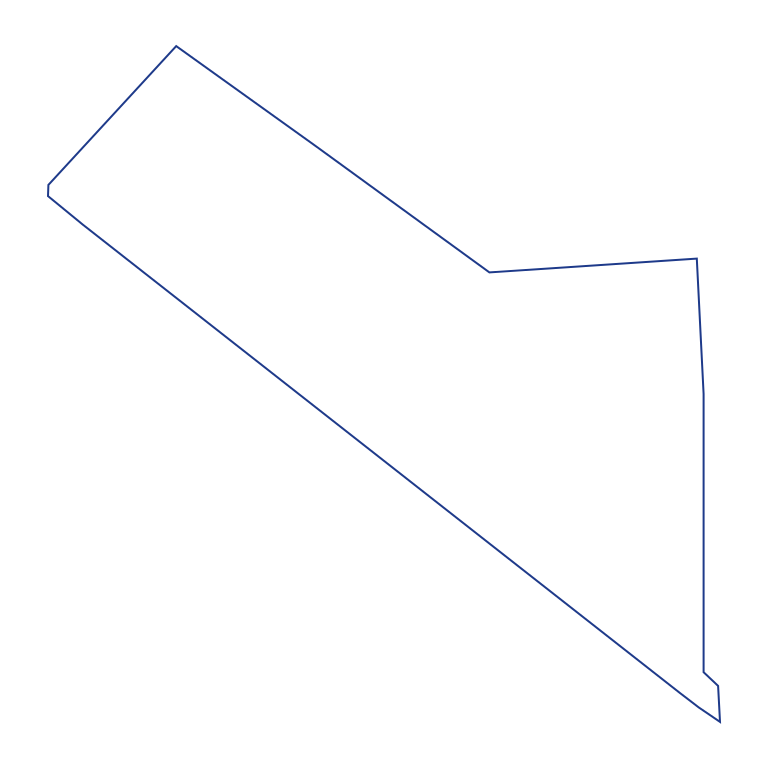 the district of Garagum, Mary, Turkmenistan
{"feature_id": "10190150B14310189929045", "entity_name": "Garagum", "entity_type": "district", "adm_level": 2, "iso_a3": "TKM", "parent_name": "Turkmenistan", "parent_adm1": "Mary", "projection": "mercator", "projection_center": [61.282, 38.084], "detail": "fine", "context": "isolated", "style": "outline", "palette": "blue", "viewbox_px": 768, "rotation_deg": 0, "n_neighbors": 0, "source": "geoboundaries", "source_scale": "gbopen_adm2", "svg_char_len": 290}
<svg xmlns="http://www.w3.org/2000/svg" viewBox="0 0 768 768"><path d="M82.9,224.7L679.8,692.9L698.7,707.4L720.0,721.9L718.1,685.9L703.6,672.2L703.6,394.0L696.8,258.6L489.4,272.4L316.0,146.3L176.2,46.1L48.4,184.9L48.0,196.1L82.9,224.7Z" fill="none" stroke="#1e3a8a" stroke-width="2"/></svg>